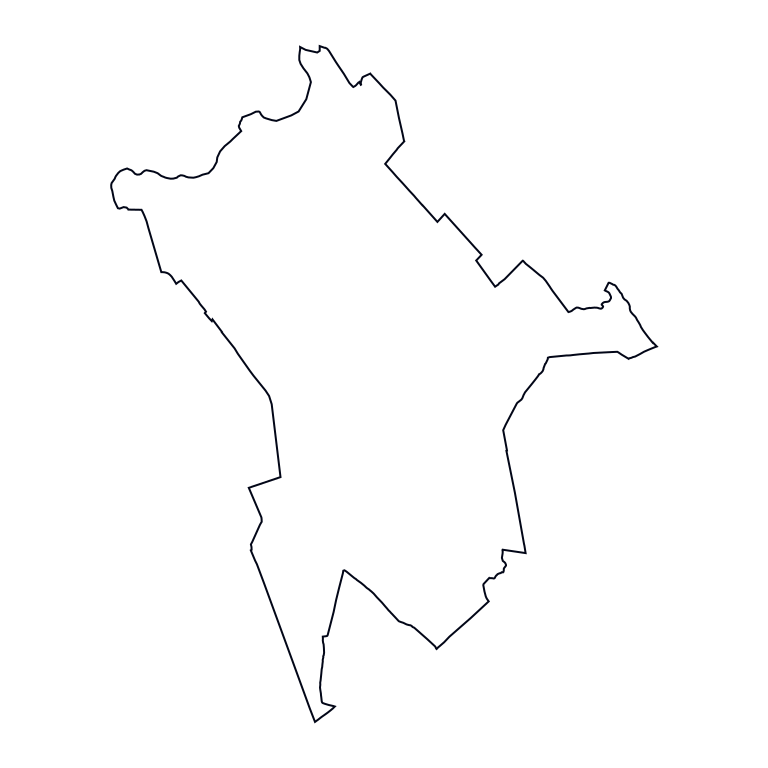 Buturugeni, Giurgiu, Romania (Robinson projection), rotated 270°
{"feature_id": "2599482B72112138789646", "entity_name": "Buturugeni", "entity_type": "district", "adm_level": 2, "iso_a3": "ROU", "parent_name": "Romania", "parent_adm1": "Giurgiu", "projection": "robinson", "projection_center": [25.814, 44.343], "detail": "fine", "context": "isolated", "style": "outline", "palette": "ink", "viewbox_px": 768, "rotation_deg": 270, "n_neighbors": 0, "source": "geoboundaries", "source_scale": "gbopen_adm2", "svg_char_len": 6140}
<svg xmlns="http://www.w3.org/2000/svg" viewBox="0 0 768 768"><g transform="rotate(270 384 384)"><path d="M409.2,628.6L409.6,628.8L410.0,630.7L410.3,631.7L410.8,632.6L411.5,635.3L412.3,636.8L413.9,639.9L416.3,644.1L418.3,648.7L421.0,655.3L421.5,656.8L425.4,653.0L425.2,652.8L430.8,648.2L434.9,645.1L437.9,642.9L441.1,640.9L442.7,640.3L443.8,639.7L445.7,638.6L448.0,637.1L450.1,636.1L451.4,635.2L454.1,632.5L456.2,630.8L457.5,630.2L459.4,629.8L461.5,629.8L463.1,629.3L465.1,628.3L467.2,626.6L468.6,624.5L470.3,623.1L474.2,621.6L475.6,620.1L477.7,618.8L479.4,617.4L480.7,616.7L482.3,615.5L482.9,614.7L483.1,614.4L483.2,613.6L483.4,613.0L483.9,612.3L485.2,609.6L485.2,608.6L477.6,604.8L477.1,605.7L476.2,607.7L475.6,608.6L474.8,609.3L471.6,610.8L470.9,611.0L469.9,611.0L467.5,609.7L466.8,609.1L466.4,608.2L466.2,607.3L466.0,604.9L465.6,603.7L465.0,602.8L463.7,601.7L463.3,601.7L461.8,603.0L461.4,603.1L460.5,602.7L459.7,601.9L459.4,601.3L459.3,600.8L459.4,600.2L459.7,598.9L460.1,597.9L460.3,596.7L460.4,594.4L460.0,590.4L460.1,589.4L459.9,588.4L459.6,586.5L458.9,584.7L458.8,583.6L459.2,581.3L459.7,580.1L460.3,578.4L460.4,577.5L460.4,576.5L459.9,575.6L458.4,573.3L457.1,571.7L456.8,571.1L456.1,569.3L456.1,568.6L456.0,568.4L477.2,552.5L480.0,550.6L481.3,549.8L487.1,545.8L490.3,543.1L492.9,539.6L500.3,530.7L504.2,525.8L507.2,523.1L507.3,522.7L488.8,504.6L484.6,499.0L484.1,498.7L483.4,498.3L483.0,497.6L481.3,495.1L486.6,491.2L507.5,476.2L513.2,481.6L520.4,475.0L554.1,444.7L548.7,439.8L546.1,437.4L562.8,422.5L562.7,422.4L569.8,416.1L572.2,414.1L577.0,409.6L584.4,403.0L591.3,396.6L595.8,392.7L604.1,385.2L610.8,390.6L613.6,392.8L618.2,396.7L619.7,397.7L626.7,404.3L627.2,404.0L634.5,402.5L650.3,398.9L663.4,396.3L667.4,395.5L673.1,390.5L680.5,383.1L684.7,379.3L694.0,370.5L694.4,370.3L691.5,363.9L691.1,363.1L690.6,362.5L689.7,362.1L688.4,361.6L685.5,360.8L684.7,360.8L683.4,361.1L683.2,360.8L686.0,359.3L685.3,358.6L685.3,358.3L682.8,356.1L682.0,355.1L681.0,353.3L681.5,352.7L683.2,351.1L685.0,349.4L694.1,343.9L702.2,338.4L706.1,335.8L716.9,329.1L717.8,328.4L719.1,327.3L719.4,326.9L720.2,325.4L720.2,324.6L721.9,319.7L717.1,319.7L715.5,317.2L718.1,305.7L721.0,300.1L719.0,300.2L715.8,299.7L712.2,299.3L708.0,299.3L704.2,300.6L699.6,303.5L694.6,307.4L690.7,309.4L685.9,310.9L668.8,306.3L656.5,298.6L652.6,291.3L647.1,276.4L647.9,271.8L649.6,266.1L650.5,263.8L652.2,262.1L653.5,261.1L655.9,259.8L656.5,258.8L656.3,255.8L653.8,250.8L650.7,242.3L648.9,241.8L647.4,241.2L646.3,240.2L644.3,239.9L642.0,238.8L640.3,239.2L636.9,241.2L629.1,232.9L626.5,230.3L621.9,224.7L616.6,220.1L610.6,217.3L606.0,216.7L599.8,213.3L594.8,208.5L593.3,202.5L591.7,198.9L590.8,195.9L590.3,193.5L590.4,191.5L590.6,188.4L591.3,185.9L592.1,184.4L592.6,182.3L592.7,180.6L591.5,178.1L590.3,176.8L589.4,173.3L589.3,170.6L590.0,166.9L590.5,165.1L591.1,163.8L591.8,161.9L592.3,160.9L594.8,157.6L596.3,153.8L597.8,146.5L597.2,144.5L595.8,142.7L594.2,141.1L593.5,139.4L593.4,137.0L594.2,135.0L596.1,133.3L597.3,132.0L598.0,130.8L598.4,129.5L599.5,127.1L598.3,123.5L596.9,120.3L595.1,118.3L592.1,116.0L590.6,115.2L589.4,114.8L584.9,111.6L583.0,111.2L580.1,111.3L577.0,112.3L571.2,113.4L567.3,114.3L563.0,116.3L559.8,117.9L559.4,119.7L560.9,123.6L560.4,126.6L558.7,128.3L558.4,128.4L558.2,141.5L556.0,142.7L552.0,144.5L546.6,146.6L540.3,148.3L495.9,161.3L495.9,162.2L495.7,164.5L495.4,165.8L494.9,167.3L494.3,168.5L493.5,169.5L492.8,170.3L491.3,171.7L486.7,174.7L484.2,176.2L486.0,178.5L487.5,181.3L466.3,198.7L464.4,199.7L462.5,201.2L458.6,204.5L456.3,206.0L454.9,204.8L449.5,209.3L446.9,211.8L448.6,212.5L436.0,222.0L435.7,221.8L419.6,234.6L414.3,237.8L397.4,249.7L392.3,253.5L377.3,265.6L372.0,269.1L363.8,271.7L290.9,280.5L280.2,248.8L250.6,261.4L249.0,261.6L246.2,261.7L244.9,260.9L243.1,259.9L226.2,252.3L223.6,250.9L221.0,251.5L218.2,251.6L217.7,250.8L207.4,255.1L203.8,256.9L185.4,263.8L105.6,293.0L59.8,309.7L46.1,315.0L48.4,318.2L51.0,321.5L55.3,327.6L57.9,330.9L59.5,332.8L61.5,334.8L62.0,333.2L63.0,328.8L64.1,325.1L64.9,322.9L65.3,322.3L65.8,322.0L66.9,321.7L70.6,321.3L72.8,321.0L74.5,320.9L78.1,320.3L80.5,320.0L83.2,320.3L85.3,320.2L87.6,320.6L92.4,321.1L94.3,321.3L98.8,321.7L101.0,322.2L103.5,322.4L106.7,322.8L108.0,322.7L110.6,323.3L111.2,323.3L111.8,323.2L112.7,323.7L115.3,324.1L120.1,323.9L122.5,323.7L123.7,323.6L125.3,323.1L127.6,322.8L129.0,322.9L131.4,322.8L131.8,326.1L132.0,326.8L132.2,327.3L133.0,327.7L155.9,333.6L167.9,336.1L180.1,339.1L194.8,342.9L197.3,343.3L197.7,344.4L197.5,344.8L196.3,346.6L191.6,352.3L189.9,354.4L188.9,356.0L188.0,356.9L185.1,361.0L182.4,364.3L180.4,366.4L179.6,367.4L178.7,368.8L177.3,370.4L176.6,371.3L174.4,373.7L170.8,376.8L165.5,381.9L161.5,385.3L159.7,386.9L157.6,388.6L156.4,389.9L155.2,390.9L153.8,392.3L152.7,393.3L150.8,395.1L147.1,398.5L146.7,399.0L145.9,401.1L145.2,403.3L143.7,406.3L143.4,407.2L142.9,409.1L142.7,410.5L142.4,411.0L142.1,411.6L141.2,412.4L140.9,412.8L140.5,413.8L140.3,414.2L128.8,427.3L121.7,435.0L121.0,435.5L119.7,436.0L119.4,436.2L119.0,436.6L120.6,438.1L122.0,439.8L125.8,444.2L131.3,449.4L150.1,470.9L166.6,488.7L169.5,486.7L171.5,485.8L176.4,484.5L182.3,483.4L182.9,483.3L183.6,483.5L184.0,483.6L190.0,489.2L189.8,489.4L189.9,490.9L189.7,492.9L189.5,493.6L189.6,494.2L190.2,494.9L191.2,495.3L192.5,496.2L192.8,496.7L193.8,497.5L194.7,499.5L194.9,500.7L195.7,501.6L195.8,501.9L195.8,502.2L195.6,502.9L196.2,503.5L197.8,503.8L198.9,503.8L199.6,503.9L202.4,506.0L202.6,506.0L203.5,505.9L205.0,505.2L205.9,504.4L206.3,503.8L207.1,502.8L210.1,501.9L214.5,502.6L216.6,502.7L217.3,502.5L218.1,502.5L218.3,502.6L214.9,525.6L222.4,524.4L224.1,524.0L275.3,514.9L317.2,506.4L317.4,507.0L337.8,503.2L343.3,505.7L364.5,516.8L365.4,517.5L366.1,518.5L368.4,521.4L369.9,522.4L373.0,523.6L374.6,524.5L375.5,524.9L385.1,532.7L391.1,537.4L392.8,538.6L393.1,538.8L393.6,538.9L394.3,540.2L395.1,541.1L396.2,542.1L397.0,542.7L398.7,543.4L400.0,543.6L404.2,545.2L404.5,545.7L408.7,547.7L410.3,547.9L410.9,549.7L412.5,566.3L412.6,570.0L413.0,573.0L413.7,579.5L414.5,589.1L415.0,593.3L415.9,610.9L416.2,617.3L415.6,618.4L413.4,621.6L409.2,628.6Z" fill="none" stroke="#020617" stroke-width="2"/></g></svg>